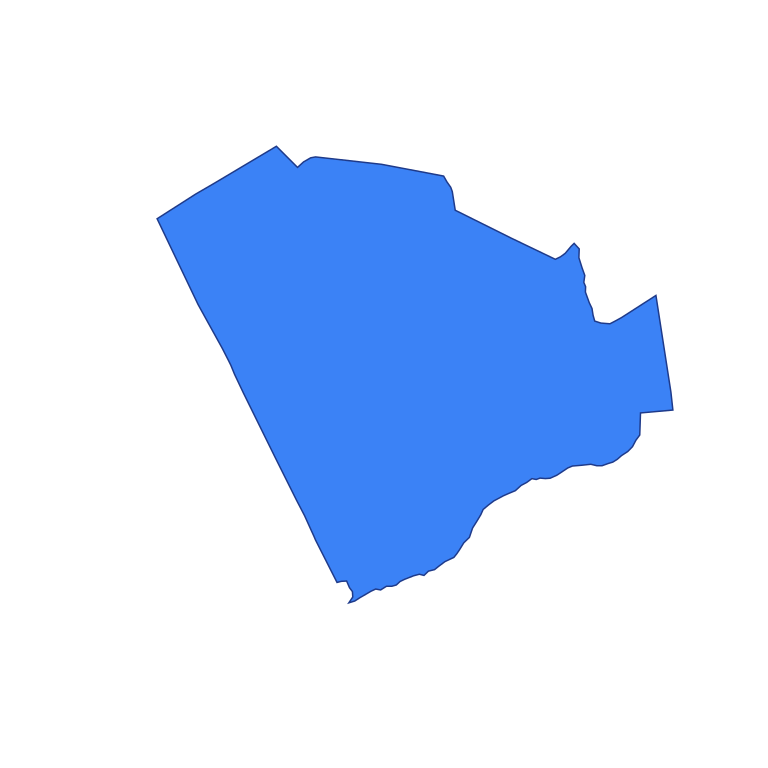 the district of Loanda, Paraná, Brazil, rotated 24°
{"feature_id": "56859067B78074761196473", "entity_name": "Loanda", "entity_type": "district", "adm_level": 2, "iso_a3": "BRA", "parent_name": "Brazil", "parent_adm1": "Paraná", "projection": "natural_earth1", "projection_center": [-53.011, -22.972], "detail": "fine", "context": "isolated", "style": "filled", "palette": "blue", "viewbox_px": 768, "rotation_deg": 24, "n_neighbors": 0, "source": "geoboundaries", "source_scale": "gbopen_adm2", "svg_char_len": 1538}
<svg xmlns="http://www.w3.org/2000/svg" viewBox="0 0 768 768"><g transform="rotate(24 384 384)"><path d="M649.4,274.7L596.4,192.5L573.9,226.8L569.1,233.1L565.9,237.1L557.4,240.1L550.9,240.8L547.0,236.1L543.3,230.4L538.5,226.3L530.6,218.1L528.6,213.1L525.2,209.9L523.3,203.2L517.5,197.1L510.7,189.4L507.4,181.2L500.5,178.2L498.9,182.2L496.4,190.9L493.5,196.0L489.8,200.4L441.0,199.0L378.4,196.3L368.1,180.4L365.0,177.2L359.2,173.7L353.9,169.8L292.4,184.3L229.1,204.4L225.0,207.2L220.2,213.8L216.9,221.3L189.0,210.6L147.7,269.1L134.7,287.1L109.5,325.3L181.8,387.0L222.0,417.4L232.4,425.8L236.5,429.2L243.6,436.0L247.1,439.0L259.1,449.3L314.5,495.4L351.3,525.7L365.0,536.6L377.6,547.8L381.8,551.5L384.8,554.3L421.8,584.4L425.3,581.6L430.0,579.2L435.3,584.1L439.6,586.5L442.1,591.3L440.9,598.2L445.6,594.1L448.9,589.0L453.7,582.4L456.4,578.6L459.8,574.7L464.7,573.5L468.5,567.8L473.4,565.6L477.0,562.6L479.0,557.9L482.3,554.0L489.0,547.2L493.7,543.4L498.4,542.6L500.7,536.9L505.7,533.0L508.0,528.5L511.9,521.5L518.4,513.9L519.6,509.2L520.4,504.7L521.5,496.6L524.4,489.4L523.5,479.5L524.6,472.0L525.6,463.9L525.6,458.3L528.6,452.1L531.9,446.1L538.5,437.6L542.4,433.3L547.4,428.0L550.5,420.9L554.4,415.9L557.6,410.3L561.9,409.3L564.8,406.5L569.8,404.8L574.1,402.5L579.1,396.9L586.0,386.0L589.5,382.3L597.5,377.9L605.6,373.2L611.7,372.1L616.4,370.0L621.2,365.4L624.8,362.3L627.8,357.8L630.1,352.8L634.2,346.4L636.5,340.2L637.0,332.9L638.4,326.6L630.1,306.1L658.5,290.3L649.4,274.7Z" fill="#3b82f6" stroke="#1e3a8a" stroke-width="1.5"/></g></svg>